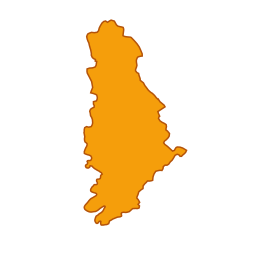 Brahin, Gomel, Belarus, rotated 194°
{"feature_id": "67162791B77344314095023", "entity_name": "Brahin", "entity_type": "district", "adm_level": 2, "iso_a3": "BLR", "parent_name": "Belarus", "parent_adm1": "Gomel", "projection": "orthographic", "projection_center": [30.376, 51.651], "detail": "fine", "context": "isolated", "style": "filled", "palette": "amber", "viewbox_px": 256, "rotation_deg": 194, "n_neighbors": 0, "source": "geoboundaries", "source_scale": "gbopen_adm2", "svg_char_len": 4090}
<svg xmlns="http://www.w3.org/2000/svg" viewBox="0 0 256 256"><g transform="rotate(194 128 128)"><path d="M169.6,112.9L168.8,111.2L168.3,110.1L167.8,109.0L167.7,107.3L167.4,106.2L167.0,105.2L166.3,104.1L164.9,103.5L163.9,102.8L163.6,101.7L163.7,100.2L164.2,98.5L164.5,96.6L164.7,94.5L164.2,92.8L163.0,92.5L161.0,92.3L159.5,92.3L157.5,92.0L156.3,90.8L155.9,89.8L156.1,88.1L156.9,87.2L158.0,87.0L158.9,86.7L159.4,86.4L159.6,85.6L158.8,84.8L158.7,83.7L159.0,82.8L160.0,81.9L160.1,80.8L159.1,79.5L157.9,79.3L156.6,79.7L155.7,80.8L155.6,82.2L153.6,82.3L152.7,81.6L151.8,81.1L150.6,80.5L149.4,80.2L147.7,79.6L145.8,79.2L144.2,78.5L143.0,78.2L141.9,76.9L142.7,76.0L143.0,75.2L142.8,73.9L142.7,73.3L142.8,72.3L143.5,71.6L144.4,71.2L145.6,70.8L145.9,70.1L145.7,69.0L144.6,67.7L144.3,66.9L144.3,66.3L144.6,65.7L145.3,65.3L146.4,65.1L147.1,64.8L147.4,64.2L147.7,63.3L148.4,62.5L148.9,61.1L149.3,59.8L149.3,58.7L148.7,57.7L147.9,57.3L146.5,57.1L145.3,57.0L143.9,57.0L142.8,56.7L142.3,56.0L142.3,55.7L142.5,54.8L143.1,54.1L144.0,53.3L145.0,52.2L146.7,50.7L147.4,49.7L148.3,48.1L149.1,46.2L149.8,44.8L150.7,43.2L151.3,41.4L151.2,40.1L150.3,38.8L149.5,38.3L147.5,37.6L145.6,37.3L145.0,37.3L143.5,37.5L142.2,38.0L140.9,38.6L139.6,39.0L138.6,39.7L137.5,40.7L136.5,42.0L135.6,43.3L133.8,45.2L132.4,46.5L131.5,46.5L131.1,46.0L131.7,44.0L132.2,41.6L132.9,40.3L133.8,39.1L135.2,37.8L135.8,36.7L136.8,35.6L137.6,34.7L137.9,32.7L137.9,30.6L137.3,29.3L136.1,28.1L135.0,27.9L134.1,28.6L133.7,29.4L133.4,30.4L132.4,30.9L131.8,30.8L131.6,29.5L131.3,28.3L130.5,27.4L130.4,27.4L128.4,27.9L126.9,28.6L125.2,29.2L123.6,30.5L123.4,33.4L122.2,34.4L120.7,36.0L118.4,37.7L116.6,39.0L114.2,39.9L113.0,40.9L113.1,41.8L113.9,43.1L113.5,44.4L111.9,45.2L109.7,45.5L108.0,46.3L106.5,47.2L105.3,49.0L104.0,50.9L101.4,51.7L99.2,52.2L97.9,53.1L98.0,55.2L99.8,56.4L98.7,58.7L100.6,60.8L102.5,62.2L102.6,63.5L102.2,65.9L102.1,68.7L100.2,71.4L98.8,72.8L99.3,75.5L98.2,78.0L97.2,79.5L96.3,81.3L94.3,81.7L92.5,82.5L91.4,83.2L91.7,85.1L91.9,86.8L91.6,89.8L90.6,92.7L88.9,93.7L86.7,94.7L84.8,95.0L84.2,96.9L84.4,99.1L83.1,100.9L81.1,101.4L79.8,102.7L78.8,105.3L77.4,107.4L76.7,109.4L75.7,112.9L74.0,114.4L72.1,114.3L70.6,113.1L69.2,113.5L68.3,115.1L67.1,116.7L66.2,118.3L65.8,120.5L67.4,121.0L70.1,121.8L72.8,122.0L75.6,121.5L76.6,120.7L77.2,119.1L77.6,117.5L79.2,116.4L81.6,117.7L84.5,119.3L85.9,120.0L88.2,120.9L89.8,122.2L89.4,124.2L88.0,125.9L86.6,128.4L86.1,130.1L86.4,132.7L89.0,134.6L90.7,135.3L91.0,137.0L91.0,138.6L91.8,140.5L93.6,141.2L96.4,141.8L98.7,142.7L100.7,144.6L100.7,146.1L100.1,147.1L101.7,149.1L103.0,151.1L101.6,152.7L99.3,155.2L97.2,157.5L98.5,158.9L103.3,161.2L105.7,163.4L105.9,163.1L108.0,164.3L110.1,166.0L112.7,167.5L114.6,168.1L117.4,169.6L120.3,172.0L121.9,173.2L123.9,175.5L126.5,176.7L127.6,177.2L128.3,179.1L130.1,181.8L130.9,183.5L132.7,183.9L134.5,185.3L134.8,186.8L134.5,189.2L134.5,191.0L135.8,194.0L136.3,195.9L136.1,198.0L135.4,199.5L133.3,200.6L131.6,201.3L132.2,203.4L134.8,206.9L136.7,209.3L139.4,211.7L141.5,213.2L143.9,214.8L146.8,216.6L147.7,216.7L151.7,216.1L153.7,216.0L155.2,216.4L155.6,219.4L155.8,221.4L156.1,222.9L157.0,224.4L158.5,224.5L159.8,224.4L162.5,224.4L164.2,225.3L165.6,226.8L167.1,228.4L170.5,228.6L171.7,227.5L173.5,225.6L175.6,226.4L177.3,225.5L178.6,223.6L179.5,220.7L180.1,218.0L180.1,215.3L181.0,213.5L183.8,212.3L186.5,212.0L188.3,210.8L189.7,209.6L190.1,208.2L190.2,206.7L189.2,204.6L187.8,202.5L186.6,201.1L185.4,198.7L184.2,196.6L183.0,194.6L181.6,191.5L181.2,189.7L179.8,187.9L178.3,187.0L176.2,186.6L176.0,185.0L174.5,185.0L174.3,182.9L174.1,181.0L174.8,179.1L177.1,177.7L179.9,176.8L182.0,175.4L181.5,173.0L180.8,171.4L177.5,167.7L174.5,164.2L172.1,158.8L172.3,157.0L172.6,155.0L172.7,153.1L170.0,153.1L167.5,152.8L166.3,152.4L165.2,150.4L164.9,148.5L165.2,146.7L167.9,145.2L167.3,142.8L166.2,141.6L165.9,140.0L167.6,138.6L168.9,137.1L169.2,135.0L168.3,133.4L167.3,130.9L165.9,129.5L164.6,127.6L163.5,124.3L163.5,122.5L164.0,120.5L166.3,119.3L168.6,119.3L170.1,117.8L170.1,116.1L169.5,113.3L169.6,112.9Z" fill="#f59e0b" stroke="#b45309" stroke-width="1.5"/></g></svg>